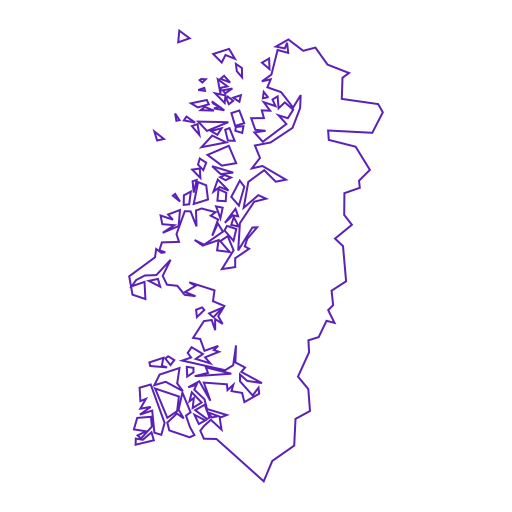 the border of Aisén del General Carlos Ibáñez del Campo
{"feature_id": "CHL-2691", "entity_name": "Aisén del General Carlos Ibáñez del Campo", "entity_type": "Region", "adm_level": 1, "iso_a3": "CHL", "parent_name": "Chile", "parent_adm1": "", "projection": "albers", "projection_center": [-74.056, -46.391], "detail": "fine", "context": "isolated", "style": "outline", "palette": "violet", "viewbox_px": 512, "rotation_deg": 0, "n_neighbors": 0, "source": "natural_earth", "source_scale": "10m", "svg_char_len": 6114}
<svg xmlns="http://www.w3.org/2000/svg" viewBox="0 0 512 512"><path d="M349.0,73.0L342.5,77.7L341.8,98.9L378.2,104.1L382.8,112.3L372.3,132.8L328.1,130.5L328.8,139.9L355.6,146.7L369.9,169.9L359.0,180.7L359.8,187.8L344.4,193.2L344.2,214.9L351.9,224.8L335.0,238.6L343.0,246.1L346.1,281.3L331.6,290.7L333.1,305.2L328.2,310.1L334.5,322.9L326.5,320.8L318.7,337.1L308.4,340.3L309.1,352.2L298.0,376.6L308.3,389.1L310.0,411.0L295.5,418.9L294.2,445.6L272.3,460.9L263.7,481.3L216.5,439.0L203.9,438.7L200.3,430.7L204.1,425.8L210.9,419.8L221.5,429.6L219.7,417.8L226.8,415.0L207.0,409.0L204.5,399.3L194.3,389.7L196.5,384.8L188.2,387.3L199.3,381.3L210.4,400.8L203.8,382.6L226.9,384.3L227.5,390.1L233.3,384.8L231.5,391.1L242.1,392.9L244.4,402.1L259.2,393.7L258.5,387.7L252.7,395.5L240.0,381.3L240.0,374.5L247.2,380.9L261.9,383.1L241.3,371.9L245.0,367.5L235.4,362.4L236.0,345.4L233.2,365.2L225.2,370.2L182.2,360.6L191.1,357.5L187.7,352.9L191.6,347.2L202.9,354.0L195.7,358.9L210.3,363.4L205.1,357.3L218.9,351.8L213.8,350.0L218.2,345.9L204.5,350.8L200.2,339.0L193.1,337.9L203.9,321.1L211.7,320.0L215.2,330.2L215.1,319.0L222.6,323.9L218.2,316.2L224.4,306.0L213.0,301.2L214.5,290.3L189.3,282.3L195.5,285.9L185.0,292.0L195.5,296.2L184.6,294.8L177.3,285.8L167.0,284.7L162.7,275.9L170.6,259.8L156.3,275.1L144.8,275.5L136.2,280.0L131.7,286.3L144.5,281.9L145.4,299.0L132.5,294.7L129.2,276.3L155.0,257.3L156.2,249.0L161.2,252.8L165.3,252.3L159.4,250.2L161.9,242.4L179.0,241.9L176.5,234.1L184.8,211.2L190.6,211.4L196.5,226.4L196.0,210.5L201.6,208.5L215.6,212.2L210.7,215.7L218.1,219.5L212.2,235.8L217.9,223.5L222.9,231.7L204.2,244.7L194.6,240.0L202.7,245.6L218.6,240.1L217.1,250.4L229.7,252.0L220.2,241.1L227.7,236.2L233.6,250.3L221.9,269.1L235.2,267.1L235.2,258.2L249.1,248.8L244.8,246.4L247.2,238.9L257.1,227.3L252.4,227.5L238.2,250.4L239.9,223.2L254.2,201.7L266.1,198.7L258.3,195.2L243.7,207.8L248.3,181.9L264.2,170.2L275.8,181.7L285.9,179.7L262.5,166.0L251.9,168.4L260.0,157.9L254.9,145.5L270.5,142.5L292.5,127.9L300.1,108.1L300.7,95.1L293.1,107.6L281.1,92.1L267.4,87.3L270.7,79.3L261.9,81.4L271.4,74.6L277.6,50.0L288.2,52.9L287.1,42.8L284.8,48.4L275.9,46.6L288.4,39.5L303.2,50.8L315.4,47.6L327.5,64.6L349.0,73.0ZM251.2,118.2L263.9,118.1L261.8,110.4L270.1,110.7L263.8,102.2L275.5,106.1L272.5,99.5L277.6,96.4L278.6,108.3L284.8,102.4L293.2,109.7L287.8,118.2L278.5,115.3L286.4,124.0L262.8,141.8L254.4,132.4L265.6,130.8L255.3,129.8L251.2,118.2ZM161.3,434.8L154.4,432.7L152.2,410.6L139.9,414.6L150.7,406.9L140.3,408.7L145.9,398.9L140.4,401.1L139.6,387.7L150.7,384.5L164.6,422.9L161.3,434.8ZM189.9,427.0L194.4,435.1L189.6,437.3L169.3,430.4L167.3,422.6L176.9,413.5L183.7,418.4L178.6,409.7L182.4,392.6L190.6,412.3L186.0,415.6L189.9,427.0ZM167.3,417.8L155.1,388.5L178.9,396.5L177.1,411.1L167.3,417.8ZM236.2,163.2L221.9,165.6L207.5,154.9L228.8,145.8L236.2,163.2ZM154.3,385.2L159.6,374.6L179.5,368.0L177.2,383.4L182.9,391.1L165.7,381.8L154.3,385.2ZM198.2,121.6L228.3,122.2L206.9,130.9L198.2,121.6ZM231.3,373.7L194.7,376.2L208.0,372.9L205.9,367.4L231.3,373.7ZM180.0,210.0L178.6,226.1L162.7,232.8L174.3,225.2L162.3,224.2L160.6,215.5L172.9,219.7L168.1,214.5L180.0,210.0ZM151.9,426.6L141.0,438.5L137.6,435.4L146.1,431.3L133.9,429.4L137.2,417.9L150.9,416.8L151.9,426.6ZM193.7,204.0L198.1,182.1L206.2,185.3L208.0,199.5L193.7,204.0ZM239.8,180.7L244.3,186.7L238.9,205.6L231.3,196.9L239.8,180.7ZM201.5,147.2L212.2,135.6L226.2,142.4L201.5,147.2ZM212.1,166.2L233.2,172.6L220.7,174.1L212.1,166.2ZM213.2,54.0L229.1,48.9L234.9,58.8L225.5,55.0L221.7,62.5L213.2,54.0ZM239.3,110.5L244.2,123.2L235.2,125.9L231.4,113.1L239.3,110.5ZM217.4,200.7L218.5,189.2L226.3,192.8L225.7,201.2L217.4,200.7ZM167.1,367.4L150.2,366.0L149.4,362.4L163.4,357.8L161.8,365.8L167.1,367.4ZM217.8,179.6L228.5,190.5L219.7,187.0L213.5,191.6L217.8,179.6ZM192.7,408.0L193.8,398.0L189.5,401.2L191.8,392.3L201.6,402.5L192.7,408.0ZM236.3,229.0L233.5,240.8L224.5,230.4L227.0,225.9L236.3,229.0ZM197.8,107.4L191.0,103.3L206.8,100.0L208.8,104.3L197.8,107.4ZM151.5,432.3L153.8,440.3L135.6,444.7L135.8,438.6L142.8,439.8L151.5,432.3ZM209.1,313.4L222.6,307.6L213.4,317.3L209.1,313.4ZM178.2,42.3L179.3,30.7L189.6,38.3L178.2,42.3ZM190.8,191.6L189.2,204.3L183.7,204.9L183.9,195.3L190.8,191.6ZM195.2,410.2L204.7,404.7L209.5,417.6L207.0,419.0L195.2,410.2ZM235.5,208.8L238.1,216.3L232.8,215.3L224.9,222.8L235.5,208.8ZM225.2,129.7L229.5,128.1L234.6,140.8L227.9,140.6L225.2,129.7ZM154.4,131.5L163.9,139.0L157.1,140.5L154.4,131.5ZM220.4,93.3L217.8,79.3L227.4,86.4L220.9,87.8L220.4,93.3ZM199.8,168.5L200.4,177.9L192.2,169.6L199.8,168.5ZM216.1,206.4L222.7,207.7L220.4,218.3L216.1,206.4ZM269.5,69.1L262.0,62.7L269.1,58.5L269.5,69.1ZM197.5,124.1L199.4,135.0L191.9,126.1L197.5,124.1ZM174.3,360.1L170.5,365.1L165.3,358.5L168.2,356.3L174.3,360.1ZM206.2,162.7L203.3,170.1L198.0,164.6L199.8,158.5L206.2,162.7ZM198.8,424.0L194.5,414.8L205.3,420.4L198.8,424.0ZM219.4,106.8L213.3,103.6L212.0,101.4L224.3,110.3L213.9,108.4L219.4,106.8ZM204.8,106.9L213.9,110.6L200.7,110.2L204.8,106.9ZM186.8,366.8L193.4,367.9L193.5,372.3L187.2,376.6L186.8,366.8ZM235.9,63.9L241.9,68.0L242.1,77.3L236.8,71.2L235.9,63.9ZM196.1,309.8L202.1,307.4L204.3,310.0L196.9,317.1L196.1,309.8ZM186.5,116.6L195.1,122.5L183.9,120.4L186.5,116.6ZM148.8,280.9L157.9,278.9L160.2,286.7L148.8,280.9ZM218.2,416.1L211.8,417.5L208.0,412.4L218.2,416.1ZM221.6,128.3L217.4,134.8L210.9,131.0L221.6,128.3ZM243.5,126.2L242.2,132.9L235.4,130.8L235.8,127.0L243.5,126.2ZM215.1,93.3L225.5,95.4L224.7,103.0L215.1,93.3ZM224.1,75.8L230.1,82.5L220.5,78.8L224.1,75.8ZM233.8,217.1L238.6,226.5L231.2,224.9L233.8,217.1ZM231.0,177.5L225.6,180.2L220.1,177.2L224.6,175.1L231.0,177.5ZM193.7,192.6L192.6,181.3L196.7,180.0L193.7,192.6ZM175.1,113.5L179.5,120.1L176.4,120.8L175.1,113.5ZM233.2,100.8L228.9,104.2L226.4,98.8L227.7,96.6L233.2,100.8ZM232.4,88.5L225.2,93.4L222.8,90.3L232.4,88.5ZM175.1,193.9L180.0,201.5L172.9,195.7L175.1,193.9ZM262.9,98.3L263.7,91.9L267.7,96.8L267.7,97.3L262.9,98.3ZM239.4,101.8L233.2,97.7L240.9,95.2L239.4,101.8ZM198.3,90.0L204.3,87.9L205.0,90.9L198.3,90.0ZM205.7,79.3L202.3,82.5L199.6,80.1L201.2,79.0L205.7,79.3Z" fill="none" stroke="#5b21b6" stroke-width="2"/></svg>